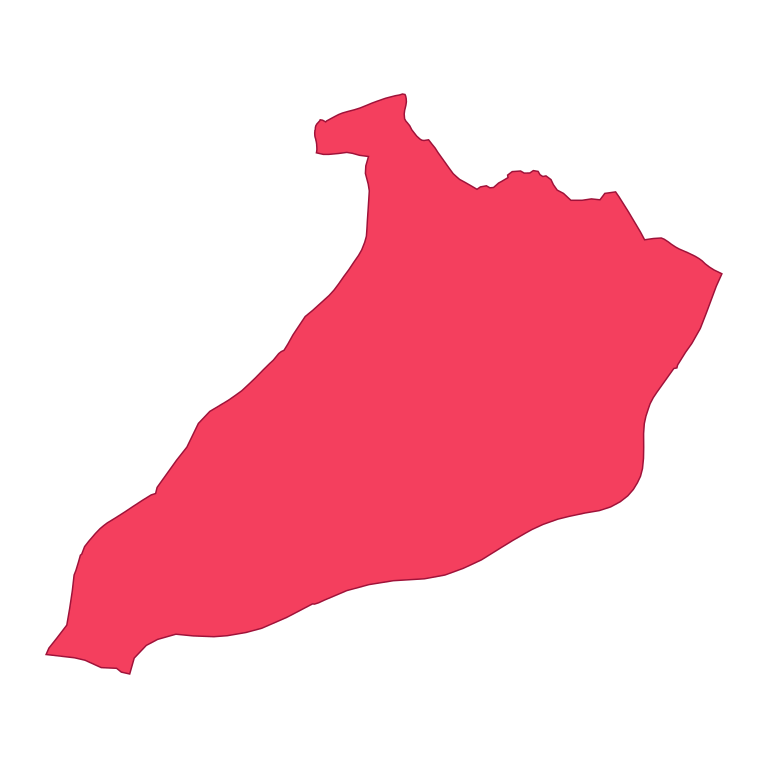 Ibadan South East, Oyo, Nigeria (Mercator projection)
{"feature_id": "59680162B26854390786792", "entity_name": "Ibadan South East", "entity_type": "district", "adm_level": 2, "iso_a3": "NGA", "parent_name": "Nigeria", "parent_adm1": "Oyo", "projection": "mercator", "projection_center": [3.898, 7.355], "detail": "fine", "context": "isolated", "style": "filled", "palette": "rose", "viewbox_px": 768, "rotation_deg": 0, "n_neighbors": 0, "source": "geoboundaries", "source_scale": "gbopen_adm2", "svg_char_len": 3131}
<svg xmlns="http://www.w3.org/2000/svg" viewBox="0 0 768 768"><path d="M405.0,94.5L402.5,94.0L399.4,95.0L395.4,95.7L390.3,97.0L385.4,98.3L377.1,101.2L371.7,103.2L367.2,105.1L360.0,108.0L354.3,109.8L348.1,111.4L342.5,113.0L338.7,114.5L335.0,116.4L330.9,118.6L328.2,120.1L326.8,120.8L325.7,121.9L322.6,120.2L320.2,119.8L319.9,120.6L318.3,122.4L317.2,123.6L316.9,123.9L315.8,125.8L315.4,127.4L315.3,129.1L315.2,129.8L314.8,130.9L314.9,131.4L314.8,132.2L314.7,132.8L314.8,135.1L315.0,136.8L315.7,139.1L316.0,140.7L316.3,141.8L316.5,143.2L316.7,144.7L316.7,145.9L316.8,146.6L316.9,149.3L316.7,151.3L316.4,152.8L323.4,154.4L328.6,154.4L338.4,153.5L346.8,152.4L352.4,153.3L359.5,155.3L368.5,156.5L365.8,165.9L365.4,173.4L368.2,184.0L369.3,190.9L368.2,208.4L367.4,220.3L366.9,229.2L366.4,236.2L364.7,242.3L361.7,249.9L358.5,255.5L353.9,262.1L350.9,266.6L348.7,269.9L343.8,276.5L338.5,284.1L334.0,290.1L329.1,295.5L312.4,310.6L305.2,316.5L292.9,335.0L287.9,344.0L284.0,350.3L281.2,351.6L278.7,353.6L273.3,360.2L269.7,363.5L263.4,369.7L255.1,378.2L248.6,384.4L241.7,390.8L238.8,392.9L234.5,396.0L228.3,400.3L209.8,411.4L198.4,423.4L186.9,447.1L176.5,460.3L157.1,487.4L155.6,493.5L151.2,494.9L142.6,500.2L133.1,506.4L125.2,511.7L115.3,518.0L107.4,522.8L103.7,525.6L100.1,528.6L95.4,533.5L88.8,541.2L84.6,546.6L81.7,554.2L80.4,555.2L78.4,562.3L75.9,570.5L74.1,575.0L72.3,590.9L69.7,608.3L66.8,625.1L56.7,638.3L48.9,648.1L46.1,654.5L74.6,657.8L84.9,660.2L101.2,667.6L116.6,668.3L121.3,672.1L129.7,674.0L134.2,658.1L146.3,645.4L157.6,639.4L175.9,634.2L193.2,635.9L213.9,636.7L227.3,635.7L246.0,632.5L261.9,628.2L286.9,617.3L312.5,603.9L314.5,604.1L318.6,602.8L324.4,600.1L346.8,590.6L369.0,584.6L393.3,580.7L424.4,578.8L445.0,575.0L463.1,568.4L481.4,559.9L500.8,547.8L512.5,540.6L525.5,533.1L532.0,529.5L543.1,524.4L557.7,519.2L569.0,516.4L585.0,513.0L599.3,510.6L610.7,506.9L620.3,501.7L627.8,495.8L633.3,489.5L637.4,482.8L640.5,476.3L642.5,468.6L643.5,458.4L643.7,447.6L643.6,433.5L644.3,423.7L645.9,416.3L648.2,409.2L650.1,403.7L653.3,397.6L655.8,393.9L656.5,392.8L673.8,368.5L676.9,367.9L677.6,365.0L685.6,352.2L691.8,343.5L700.3,328.5L706.4,312.8L716.3,286.2L721.9,273.8L714.1,270.0L709.5,267.1L705.3,263.9L702.2,260.9L698.9,258.5L695.2,256.3L688.2,252.9L679.2,249.0L675.7,247.1L671.3,244.2L668.3,241.9L664.2,239.2L661.3,238.0L653.4,238.5L644.6,239.8L640.4,231.9L628.3,211.6L619.0,196.8L615.6,191.9L604.8,193.4L600.0,199.8L591.4,198.9L582.0,200.3L570.9,200.3L563.5,193.4L557.2,190.1L553.4,184.7L551.0,179.6L546.0,175.9L542.8,176.5L540.0,174.7L538.1,171.4L533.3,170.6L529.8,173.0L524.2,173.1L520.6,171.0L512.2,171.6L507.6,175.1L508.0,177.6L501.6,181.4L498.6,183.0L496.5,184.9L493.5,187.5L489.9,187.8L486.4,185.8L480.4,186.9L477.0,189.3L471.2,185.9L465.1,182.4L459.6,179.4L456.6,176.8L453.2,173.7L449.1,168.1L437.9,152.4L435.1,148.0L432.0,144.2L428.6,139.8L424.0,140.5L421.8,140.2L419.9,139.0L416.7,136.1L411.8,129.8L409.7,125.7L407.2,122.6L406.0,121.3L404.6,118.8L404.2,114.0L404.7,110.1L405.0,109.0L405.9,105.2L406.4,101.8L406.3,100.7L406.3,100.4L406.2,98.6L405.7,96.1L405.0,94.5Z" fill="#f43f5e" stroke="#9f1239" stroke-width="1.5"/></svg>